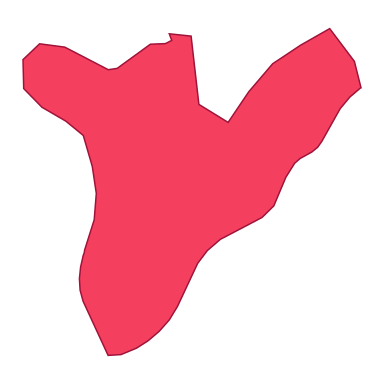 an SVG outline of Zəngilan
{"feature_id": "AZE-1740", "entity_name": "Zəngilan", "entity_type": "District", "adm_level": 1, "iso_a3": "AZE", "parent_name": "Azerbaijan", "parent_adm1": "", "projection": "equal_earth", "projection_center": [46.619, 39.055], "detail": "fine", "context": "isolated", "style": "filled", "palette": "rose", "viewbox_px": 384, "rotation_deg": 0, "n_neighbors": 0, "source": "natural_earth", "source_scale": "10m", "svg_char_len": 754}
<svg xmlns="http://www.w3.org/2000/svg" viewBox="0 0 384 384"><path d="M108.3,69.7L117.1,68.4L150.4,44.2L165.4,43.6L171.7,40.4L169.3,33.8L191.1,36.1L198.9,104.4L228.1,122.4L248.8,91.7L272.7,63.7L300.7,45.1L329.7,28.6L354.4,61.4L360.9,87.3L361.0,87.7L360.8,87.7L349.9,97.0L340.2,108.6L321.8,141.4L317.7,147.2L312.0,151.9L300.1,158.5L294.6,163.3L285.9,177.2L273.8,205.9L262.0,217.5L220.4,239.3L207.3,250.6L197.7,263.3L177.5,306.4L169.3,319.9L159.3,331.2L148.2,340.7L136.6,348.1L121.0,354.6L108.1,355.4L83.1,301.3L80.1,290.2L79.4,278.7L80.6,267.0L83.2,255.5L84.2,252.8L84.7,249.8L94.2,219.8L96.3,193.4L92.3,166.5L83.3,135.5L65.9,121.2L42.0,107.3L23.7,88.6L23.0,59.6L39.6,43.8L64.7,47.1L108.3,69.7Z" fill="#f43f5e" stroke="#9f1239" stroke-width="1.5"/></svg>